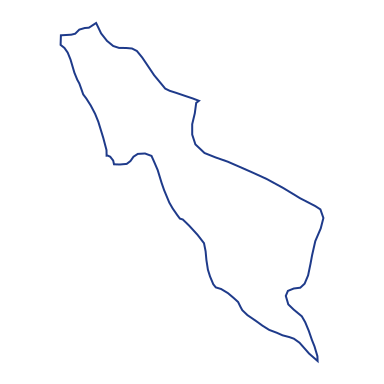 Doutsita, Gabon
{"feature_id": "22940354B92057182831829", "entity_name": "Doutsita", "entity_type": "district", "adm_level": 2, "iso_a3": "GAB", "parent_name": "Gabon", "parent_adm1": "", "projection": "equal_earth", "projection_center": [11.621, -2.919], "detail": "fine", "context": "isolated", "style": "outline", "palette": "blue", "viewbox_px": 384, "rotation_deg": 0, "n_neighbors": 0, "source": "geoboundaries", "source_scale": "gbopen_adm2", "svg_char_len": 1536}
<svg xmlns="http://www.w3.org/2000/svg" viewBox="0 0 384 384"><path d="M317.6,361.0L317.4,356.2L314.5,346.4L311.9,339.9L308.8,330.9L305.2,322.2L301.8,316.3L293.7,309.6L288.3,304.4L285.8,295.9L287.9,290.9L293.8,288.5L300.3,287.7L304.6,283.7L308.1,275.4L310.5,263.8L312.1,255.2L315.3,241.1L320.7,228.5L323.4,218.0L320.4,209.4L315.3,206.1L300.0,198.2L283.4,188.1L266.7,179.0L250.9,171.8L227.8,161.7L215.5,157.4L204.5,153.0L195.4,144.4L192.2,134.6L192.2,124.2L194.8,113.3L196.2,102.9L198.9,100.8L192.6,98.4L185.7,96.1L176.0,92.8L169.7,90.8L165.2,88.6L161.0,83.5L154.1,75.2L147.8,65.8L142.2,57.5L136.9,51.0L132.0,48.5L126.3,48.0L119.0,47.9L113.2,46.0L107.0,40.9L101.1,33.4L98.0,26.9L96.1,23.0L88.9,27.7L84.8,28.0L79.3,29.6L75.2,33.7L71.2,34.7L60.9,35.3L60.6,44.9L64.4,47.9L67.7,52.6L70.5,59.5L74.4,72.7L77.3,79.8L79.3,83.4L81.5,89.5L83.2,94.4L86.3,98.5L90.8,105.6L95.1,113.8L98.3,121.7L101.0,130.5L103.3,138.0L106.5,150.1L106.6,155.7L107.7,155.6L110.2,156.7L113.2,160.6L114.0,164.3L119.8,164.5L126.7,163.9L130.4,161.1L133.5,156.7L137.8,153.9L145.0,153.5L151.5,155.9L154.7,163.1L157.7,170.1L161.6,182.9L164.1,190.1L169.3,202.6L172.7,208.5L177.2,215.0L179.9,218.6L182.8,219.5L189.1,225.6L197.6,234.9L204.0,243.2L205.6,251.3L206.4,260.0L207.9,269.7L210.0,276.4L213.3,284.3L215.8,287.4L221.1,289.0L227.9,293.1L233.6,297.9L238.1,302.0L240.5,306.9L242.3,310.2L247.4,315.1L256.3,321.2L262.5,325.7L269.2,329.9L276.9,332.8L282.5,335.3L289.4,337.1L293.9,338.7L299.5,342.7L309.1,353.6L317.6,361.0Z" fill="none" stroke="#1e3a8a" stroke-width="2"/></svg>